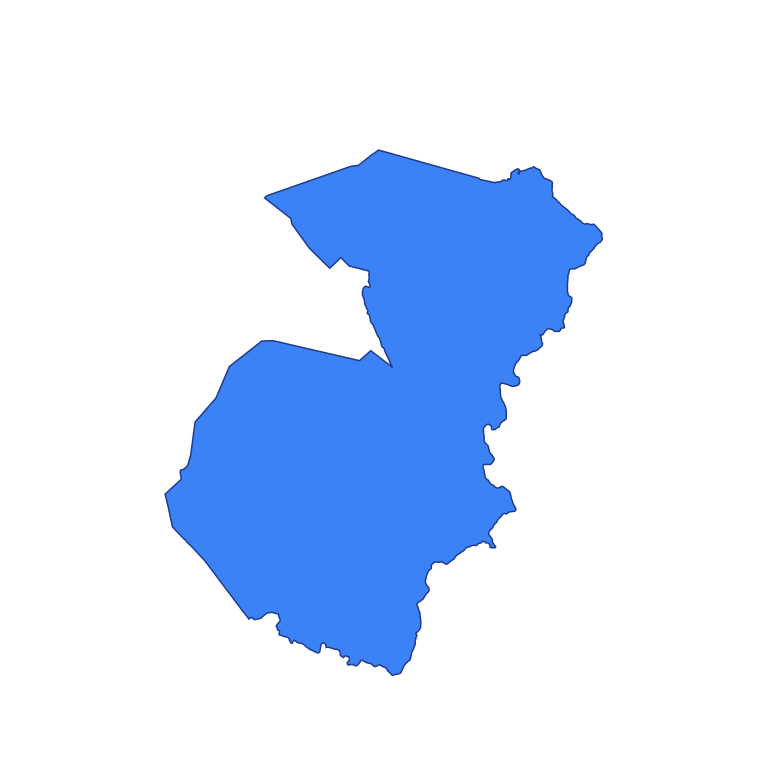 outline of Marahoue, Marahoué, Ivory Coast, rotated 45°
{"feature_id": "98640826B99867209198649", "entity_name": "Marahoue", "entity_type": "district", "adm_level": 2, "iso_a3": "CIV", "parent_name": "Ivory Coast", "parent_adm1": "Marahoué", "projection": "albers", "projection_center": [-5.732, 7.127], "detail": "fine", "context": "isolated", "style": "filled", "palette": "blue", "viewbox_px": 768, "rotation_deg": 45, "n_neighbors": 0, "source": "geoboundaries", "source_scale": "gbopen_adm2", "svg_char_len": 6170}
<svg xmlns="http://www.w3.org/2000/svg" viewBox="0 0 768 768"><g transform="rotate(45 384 384)"><path d="M495.8,333.0L494.2,329.5L494.2,326.8L495.0,324.2L495.1,322.9L494.7,321.9L493.9,320.9L489.7,316.7L486.2,314.4L483.9,313.4L477.1,311.2L474.6,309.8L469.4,305.1L468.1,304.3L467.2,303.3L466.2,301.1L466.6,300.0L467.7,299.3L471.7,297.0L476.1,295.2L478.0,293.0L479.4,290.5L479.6,289.2L479.3,287.9L478.4,286.5L477.5,285.6L474.6,284.1L473.4,284.5L472.4,285.2L471.1,285.2L468.1,284.4L466.8,283.8L465.9,282.8L464.2,280.1L463.2,277.4L462.7,276.1L462.3,271.0L461.1,267.6L461.7,265.6L463.8,263.8L464.6,262.7L465.6,257.7L466.2,256.0L467.8,253.5L468.3,251.8L468.7,247.4L468.6,244.9L467.8,243.5L465.0,242.3L463.1,240.5L459.6,238.8L460.5,238.4L461.3,237.4L461.4,236.6L460.5,232.5L460.9,229.1L461.7,228.1L463.9,226.9L465.3,226.4L467.5,226.2L468.9,224.4L470.1,223.8L470.5,223.0L470.7,221.4L470.2,220.7L470.1,219.4L470.6,218.1L471.6,217.2L471.5,216.2L468.2,214.1L467.0,213.7L466.1,212.9L465.6,212.1L465.2,210.6L464.4,209.8L464.1,208.4L462.8,207.2L462.5,206.3L463.0,202.8L460.9,200.6L460.3,198.2L460.4,197.0L458.6,193.1L457.4,192.2L456.0,190.3L454.5,190.3L451.9,191.0L447.9,188.6L445.6,186.1L443.7,184.4L438.7,178.5L437.5,177.5L436.7,175.5L434.8,172.9L434.5,172.0L434.7,170.5L437.7,167.3L438.6,163.8L441.1,158.1L440.7,156.1L437.9,151.5L437.4,150.2L437.7,148.9L437.0,146.4L436.4,145.3L436.7,144.1L436.5,139.4L436.0,137.3L435.8,134.9L436.1,132.0L436.7,131.2L436.2,127.3L435.4,126.7L433.1,125.5L431.9,123.6L431.1,123.3L426.2,122.7L425.0,122.9L421.7,122.5L419.2,122.7L417.8,124.9L414.1,127.0L412.9,129.0L410.3,129.9L407.3,129.7L404.9,130.4L403.9,130.4L402.4,131.0L399.2,130.2L396.1,131.3L390.9,131.1L383.3,132.1L379.6,131.8L377.8,132.1L375.4,131.7L370.9,132.4L370.6,131.8L369.8,131.2L368.8,130.0L366.5,128.9L362.9,124.8L361.8,124.2L361.6,123.5L361.0,122.8L359.2,122.1L354.6,123.8L352.2,125.2L348.5,124.8L342.6,122.4L338.8,124.1L336.7,124.3L336.0,124.9L335.9,126.8L334.7,128.0L332.2,134.1L330.0,137.0L329.9,137.9L331.0,140.0L330.3,140.3L329.8,140.2L329.2,137.6L328.3,136.9L327.8,136.8L326.6,137.1L326.0,138.1L324.6,144.3L325.0,145.4L327.9,148.4L328.3,150.4L326.7,150.8L326.6,151.3L327.2,152.5L327.1,153.0L326.4,153.9L324.9,154.6L323.7,155.8L323.7,158.0L320.6,162.0L320.3,162.6L320.4,163.0L307.7,171.3L305.6,171.4L214.8,222.4L213.2,231.1L211.3,247.5L206.8,253.2L168.0,333.8L168.0,336.9L201.1,332.8L205.8,336.0L235.4,340.8L263.8,340.5L264.1,325.1L275.9,325.2L293.7,314.7L296.7,318.0L298.7,319.6L300.7,322.8L302.7,323.3L304.8,324.4L305.5,325.1L305.5,325.9L302.2,327.6L301.7,328.2L301.6,330.6L303.3,333.7L304.7,335.3L305.5,335.7L305.8,336.3L310.6,338.4L314.0,341.2L316.8,342.0L317.9,342.8L320.6,343.3L322.2,345.9L324.5,345.6L326.3,346.3L327.4,347.3L328.5,347.8L330.0,349.2L335.3,350.2L345.1,354.3L348.8,354.9L355.8,358.9L356.7,359.1L358.9,358.7L361.1,360.0L363.7,361.1L371.2,363.6L373.2,364.7L376.9,365.6L377.7,366.3L351.1,369.8L350.2,384.8L274.8,431.9L267.2,440.1L262.3,481.0L275.1,512.7L277.3,544.5L297.7,571.1L302.9,580.6L302.7,583.5L302.9,585.0L302.5,586.2L301.2,588.4L301.2,589.1L302.6,590.8L307.2,593.9L308.0,594.9L307.1,616.7L318.3,623.5L335.4,634.6L350.9,635.0L354.1,634.8L356.0,635.1L364.4,635.0L382.4,635.7L445.5,644.6L453.1,645.4L454.4,645.9L455.3,643.2L456.3,642.2L458.1,642.5L459.2,642.0L461.4,638.8L462.6,636.5L463.0,629.8L463.7,627.8L466.5,624.5L471.7,621.6L472.3,621.5L474.0,622.7L477.3,624.2L478.1,625.0L478.5,629.8L478.9,631.1L479.5,631.6L481.2,632.0L482.3,633.1L483.4,633.0L484.1,632.6L485.1,632.7L486.4,634.7L487.2,635.4L488.2,635.1L489.5,634.1L492.1,633.1L495.0,631.2L496.4,631.1L497.8,631.6L498.6,632.2L501.6,632.9L502.4,632.3L501.9,630.8L501.7,628.6L503.3,628.2L505.6,628.1L510.1,625.1L516.4,624.6L519.1,624.1L527.0,621.2L527.8,620.3L528.0,619.4L527.8,618.5L523.4,612.5L523.9,610.7L524.2,610.1L525.1,609.5L526.9,609.4L529.4,611.2L529.8,610.4L530.7,609.5L536.8,606.2L539.2,604.4L539.9,604.3L541.6,604.3L543.8,605.5L545.1,606.8L546.9,606.6L548.8,606.0L548.7,604.4L549.1,603.3L551.9,602.0L553.3,602.3L554.5,603.4L554.9,605.0L554.9,606.8L555.7,607.6L556.4,608.0L557.5,607.9L559.7,604.8L563.5,603.2L564.0,602.0L563.9,598.2L563.2,596.2L563.4,595.5L563.9,594.9L564.8,594.4L568.5,593.4L573.2,590.7L576.7,590.7L577.4,590.3L578.4,588.6L579.0,586.1L579.9,585.3L581.1,585.3L586.3,583.3L589.4,584.2L594.2,584.0L595.5,584.3L596.4,583.7L597.5,581.0L599.4,578.6L599.9,577.5L600.0,576.1L597.2,568.5L597.1,562.8L597.5,560.8L596.4,558.7L593.9,555.2L591.6,549.2L590.6,548.0L590.7,547.0L590.4,546.3L587.8,543.6L586.0,540.7L584.9,538.3L582.8,538.1L582.9,533.0L582.1,530.5L578.6,526.4L573.1,522.1L571.1,520.3L568.5,519.4L566.7,518.3L563.4,516.9L563.0,516.4L562.6,514.6L563.7,508.6L562.1,501.5L562.4,499.7L561.9,498.1L559.9,496.4L556.2,496.1L553.5,495.0L552.6,494.2L549.5,489.1L548.0,485.9L547.6,484.7L547.9,481.4L547.4,480.5L546.3,479.5L545.4,477.7L545.4,475.8L546.0,473.8L546.7,472.7L547.9,472.1L548.8,471.4L549.8,469.9L551.2,468.6L554.4,467.8L556.0,466.8L556.2,463.7L557.1,458.7L556.5,453.9L558.1,445.8L558.2,444.1L557.8,442.5L558.5,440.0L559.6,438.8L560.3,436.0L561.8,434.3L563.0,433.5L563.6,432.5L563.6,429.8L565.0,427.7L565.0,425.8L565.4,425.0L566.2,424.5L568.5,424.3L569.7,423.0L571.2,422.7L572.8,423.0L574.2,424.3L574.9,424.4L578.1,421.7L578.3,420.7L577.9,420.0L575.8,420.0L574.1,419.4L573.2,419.4L571.6,418.4L570.6,417.3L567.1,416.6L564.5,416.4L563.1,414.9L562.8,414.1L562.4,411.3L562.5,408.7L561.3,406.0L561.4,402.2L560.6,400.0L560.3,398.0L560.4,395.2L560.1,391.4L560.4,390.7L562.5,389.2L562.7,388.6L562.9,386.1L566.2,381.7L566.6,380.8L566.4,380.0L565.5,378.9L560.4,377.5L554.5,374.6L550.8,372.1L548.4,371.3L546.9,371.7L540.7,372.3L539.3,373.6L538.8,376.0L538.2,376.9L537.4,377.7L536.2,378.3L533.4,378.2L529.9,379.3L525.6,378.3L523.6,378.8L522.2,378.6L521.0,378.0L515.2,374.0L512.6,372.8L512.0,372.0L511.6,370.5L512.3,369.4L516.0,365.8L516.3,364.9L515.9,361.2L515.4,359.5L514.7,359.0L511.5,358.0L507.6,357.8L501.2,354.1L497.8,354.2L495.2,353.6L492.2,350.5L488.5,347.9L486.0,345.3L485.6,344.7L485.1,341.2L485.8,339.1L487.2,338.1L489.3,338.0L490.7,338.6L491.6,339.5L492.7,339.9L493.6,338.8L494.7,337.9L494.7,336.1L495.8,333.0Z" fill="#3b82f6" stroke="#1e3a8a" stroke-width="1.5"/></g></svg>